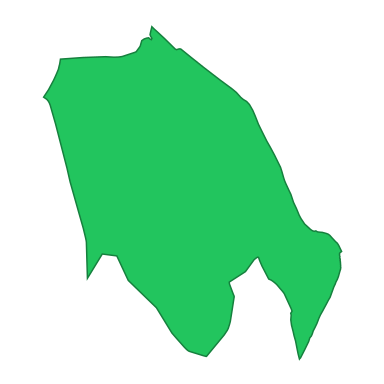 outline of Hinboon, Khammouan, Laos, rotated 182°
{"feature_id": "54806243B38020110154971", "entity_name": "Hinboon", "entity_type": "district", "adm_level": 2, "iso_a3": "LAO", "parent_name": "Laos", "parent_adm1": "Khammouan", "projection": "equal_earth", "projection_center": [104.427, 17.789], "detail": "fine", "context": "isolated", "style": "filled", "palette": "green", "viewbox_px": 384, "rotation_deg": 182, "n_neighbors": 0, "source": "geoboundaries", "source_scale": "gbopen_adm2", "svg_char_len": 3120}
<svg xmlns="http://www.w3.org/2000/svg" viewBox="0 0 384 384"><g transform="rotate(182 192 192)"><path d="M293.5,102.1L279.5,126.9L264.9,125.5L252.6,101.4L223.5,75.1L207.1,50.3L201.9,44.7L194.3,36.7L192.3,34.8L191.1,33.8L189.9,33.0L188.6,32.5L174.5,28.7L173.1,28.4L172.3,28.2L171.8,28.2L154.8,50.3L151.9,55.0L151.0,57.0L149.9,60.9L149.2,63.9L147.8,75.3L146.4,87.2L146.3,87.9L146.2,88.6L146.3,89.4L146.6,90.1L147.0,90.9L151.2,101.0L151.5,102.1L151.6,102.9L151.6,103.3L135.8,114.3L127.5,126.6L125.5,128.3L124.3,129.1L123.8,129.2L123.5,129.1L123.1,128.7L122.0,125.8L120.6,122.8L119.4,120.3L112.3,107.7L109.8,106.7L108.2,105.7L106.4,104.4L104.2,102.6L102.0,100.2L100.6,98.6L98.7,96.6L96.9,94.5L96.2,93.5L88.8,78.8L88.2,77.3L88.0,76.7L87.9,76.3L88.6,75.0L89.1,74.3L88.6,72.5L88.8,67.7L87.9,62.4L86.0,55.9L85.0,52.0L83.3,46.7L81.8,40.2L80.3,33.9L78.8,28.8L78.6,29.1L77.7,30.1L73.7,38.7L70.2,46.6L69.2,50.2L69.2,50.3L67.7,52.2L66.8,54.5L66.0,57.4L64.3,61.0L62.6,64.9L61.6,67.8L60.8,70.2L59.4,73.6L57.1,78.0L56.3,79.7L53.8,84.7L52.0,88.5L50.3,91.6L49.5,94.1L46.9,102.2L45.7,104.9L45.0,107.1L43.7,109.8L42.7,112.7L41.7,116.9L41.1,119.2L40.8,120.2L40.8,121.2L40.7,121.5L40.7,121.8L40.8,122.2L40.8,122.3L40.9,122.5L40.9,122.8L40.9,123.0L40.9,123.5L40.9,123.9L40.9,124.1L41.0,124.5L41.0,124.8L41.1,125.0L41.1,125.3L41.1,125.7L41.1,125.9L41.1,126.1L41.2,126.5L41.2,126.9L41.3,127.2L41.4,127.3L41.4,127.5L41.4,127.8L41.3,128.0L41.4,128.3L41.5,128.5L41.7,128.8L41.6,129.0L41.5,129.5L41.6,129.8L41.7,130.0L41.6,130.3L41.7,130.5L41.8,130.6L41.9,130.8L42.0,130.8L42.1,131.3L42.1,131.5L42.1,131.8L42.0,132.0L41.9,132.2L41.9,132.3L41.9,132.5L42.0,132.7L42.0,133.0L42.2,133.3L42.3,133.6L42.3,133.9L42.3,134.0L42.3,134.3L42.4,134.5L42.4,134.8L42.3,135.0L42.4,135.5L42.4,135.8L42.2,136.2L40.4,137.8L41.2,139.3L43.5,143.7L45.0,145.9L46.8,147.4L50.6,151.2L52.7,153.4L54.4,154.6L56.5,155.3L60.4,156.2L62.7,156.3L65.1,156.5L65.9,156.9L66.5,157.3L67.2,157.4L68.4,157.0L69.4,157.2L70.5,157.6L72.2,158.7L78.3,163.9L82.2,169.3L84.1,172.6L87.0,179.0L90.2,185.2L92.1,190.4L93.1,193.1L95.1,196.9L98.5,203.6L99.8,206.4L100.8,209.1L102.9,215.6L104.4,219.8L107.1,224.8L110.8,231.7L115.4,239.6L119.0,245.4L124.1,254.8L128.0,262.1L129.5,265.6L131.5,270.2L134.1,275.7L137.7,281.5L140.6,284.4L142.8,285.6L144.3,286.5L146.6,288.3L151.1,293.0L155.1,296.1L155.8,296.6L167.3,304.5L169.7,306.2L184.8,317.0L196.1,325.4L197.2,326.2L204.2,331.5L208.2,334.5L209.8,334.6L212.5,333.7L213.8,334.3L224.8,344.4L228.4,347.5L231.4,350.1L235.2,353.3L237.9,355.8L239.1,349.8L239.4,347.7L238.7,346.1L237.4,344.1L238.0,342.8L239.4,343.5L240.7,344.6L242.7,344.2L245.1,343.3L247.5,341.5L248.9,335.8L252.7,330.2L254.2,329.5L258.8,327.8L266.4,325.0L268.4,324.6L270.3,324.3L274.7,324.0L283.1,324.2L305.5,322.6L328.1,320.2L328.5,316.8L328.8,314.8L329.2,313.1L329.8,310.0L331.4,305.7L332.6,302.7L334.2,298.9L338.9,289.3L343.6,281.6L342.5,280.9L341.5,280.3L340.2,279.4L338.8,277.8L337.8,276.2L336.8,274.0L330.8,255.5L317.8,211.6L315.5,202.9L314.1,197.7L304.7,168.4L299.4,152.0L297.0,143.4L296.1,139.9L295.8,138.1L293.5,102.1Z" fill="#22c55e" stroke="#15803d" stroke-width="1.5"/></g></svg>